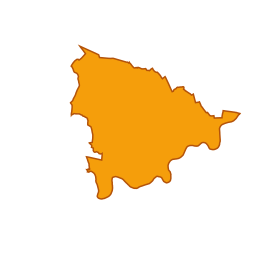 Pomi, Satu Mare, Romania, rotated 124°
{"feature_id": "2599482B42596720355480", "entity_name": "Pomi", "entity_type": "district", "adm_level": 2, "iso_a3": "ROU", "parent_name": "Romania", "parent_adm1": "Satu Mare", "projection": "mercator", "projection_center": [23.315, 47.676], "detail": "fine", "context": "isolated", "style": "filled", "palette": "amber", "viewbox_px": 256, "rotation_deg": 124, "n_neighbors": 0, "source": "geoboundaries", "source_scale": "gbopen_adm2", "svg_char_len": 5684}
<svg xmlns="http://www.w3.org/2000/svg" viewBox="0 0 256 256"><g transform="rotate(124 128 128)"><path d="M148.8,182.2L147.5,181.3L146.4,181.0L146.2,180.7L145.6,179.5L145.5,179.3L143.5,176.2L143.4,175.6L143.4,174.7L143.2,173.9L143.0,173.3L143.3,172.3L143.3,172.1L143.2,171.5L142.9,171.1L142.9,170.7L142.8,170.4L142.9,170.1L142.8,169.9L142.9,169.4L142.6,168.1L142.6,167.7L142.9,167.1L143.0,166.7L143.4,166.5L143.9,165.9L144.0,165.5L144.2,165.3L146.3,164.2L147.9,163.1L147.9,162.8L147.9,162.4L147.8,161.3L147.8,160.8L147.7,159.8L147.9,159.2L148.5,158.4L149.7,157.0L151.2,155.6L153.4,153.3L156.2,151.5L160.0,149.6L162.0,151.8L162.1,151.7L162.6,148.5L163.7,147.7L164.4,147.5L164.1,145.5L166.1,144.2L166.6,143.3L166.8,142.5L166.8,142.4L166.7,142.1L166.1,141.4L165.8,141.2L165.3,141.0L165.1,139.8L164.9,139.0L165.3,137.9L165.4,137.6L165.1,137.0L165.0,136.5L164.9,136.3L164.4,135.9L164.1,135.3L163.7,135.2L164.9,134.3L169.3,131.9L174.3,144.6L175.1,146.3L176.3,144.7L176.5,144.2L176.8,143.9L177.3,143.4L178.0,142.4L178.3,142.1L179.0,141.0L179.5,140.2L180.5,139.6L182.2,138.1L182.8,137.7L183.0,137.6L183.0,137.3L183.7,136.7L183.9,136.7L184.0,136.8L184.4,137.0L184.4,137.3L184.2,137.6L184.2,137.8L184.3,138.0L184.9,138.3L185.5,138.6L185.6,138.8L186.3,137.2L187.0,137.1L186.5,135.8L185.8,135.5L184.9,134.9L184.6,134.5L184.4,133.8L184.4,131.5L184.7,130.3L185.3,129.1L186.4,127.6L187.0,127.1L188.6,125.7L189.4,125.4L190.6,124.4L191.3,123.3L192.0,122.1L192.9,121.0L193.8,120.0L194.3,119.4L196.1,117.5L197.0,116.9L198.0,116.5L199.4,116.2L201.7,115.4L202.2,114.8L202.5,114.0L202.6,113.4L202.5,112.4L202.2,111.4L201.4,109.9L200.8,109.5L199.7,108.3L198.5,107.5L196.3,106.2L195.2,105.7L193.9,105.4L192.2,105.3L189.9,105.8L189.0,106.0L188.0,106.4L186.3,107.3L185.7,107.8L184.3,108.8L183.2,109.9L182.4,110.3L180.6,111.9L179.1,112.7L178.1,113.1L177.4,113.0L176.7,112.5L175.9,111.8L175.2,111.2L175.0,110.7L174.5,109.4L173.7,106.0L173.4,104.5L173.4,103.9L173.5,102.8L173.9,101.4L174.5,98.5L174.6,97.5L174.9,96.4L175.0,95.2L175.3,94.3L175.4,93.5L175.4,92.8L174.9,90.5L174.7,89.6L174.4,88.9L174.0,88.4L173.3,87.2L172.6,86.6L171.2,85.9L170.6,85.8L169.1,84.7L168.0,83.8L166.2,82.5L162.1,79.2L160.2,78.6L157.9,78.1L155.4,78.2L152.1,77.2L151.4,76.2L151.2,75.3L150.5,73.9L150.4,72.4L150.8,71.5L151.4,70.4L152.3,68.5L152.2,66.8L152.0,65.5L151.0,64.5L149.6,63.7L148.7,63.5L147.8,63.5L145.8,64.3L143.1,66.2L142.6,66.4L140.8,68.5L140.1,70.9L138.1,72.8L136.6,73.9L135.5,74.2L134.6,74.5L132.2,74.6L131.0,74.4L129.6,73.8L129.0,73.4L126.4,70.5L125.1,69.2L124.0,68.5L122.7,67.9L120.3,67.3L119.5,67.2L118.9,67.3L112.8,68.4L110.6,68.5L109.7,68.2L108.8,67.6L107.9,66.9L106.9,65.5L106.3,64.6L105.9,63.4L105.5,62.4L104.6,60.9L104.0,60.2L103.3,59.7L100.0,58.9L98.9,58.5L98.0,57.7L97.5,56.7L97.1,55.7L97.1,54.5L97.5,52.9L97.9,51.8L99.3,49.4L99.6,48.4L99.2,47.2L98.7,46.0L98.0,44.9L97.3,44.2L96.3,43.5L94.9,42.7L94.0,42.5L93.1,42.4L91.5,42.6L90.4,42.9L89.2,43.6L87.4,44.2L86.1,45.1L85.1,45.9L81.6,48.6L80.2,49.6L78.7,50.8L77.4,51.8L76.1,52.2L74.0,52.3L72.8,52.0L71.9,51.5L69.9,50.2L67.3,48.1L65.0,45.7L63.0,44.5L61.8,44.2L59.7,43.7L57.3,43.7L55.1,43.7L54.8,43.5L54.4,43.3L53.4,43.3L54.3,45.8L54.4,46.2L54.4,46.5L55.1,47.7L55.1,48.0L55.8,49.4L57.0,51.9L59.5,56.9L60.2,58.4L60.4,58.8L61.8,58.1L63.1,57.7L65.6,56.6L67.0,55.8L67.9,57.1L68.1,57.2L68.6,58.2L69.2,58.8L69.6,59.5L71.5,62.0L70.2,63.3L69.8,63.7L70.2,64.1L71.1,65.2L71.5,65.8L71.8,66.7L71.9,67.0L71.7,67.8L71.2,69.2L71.1,69.4L71.0,69.6L70.9,70.1L70.7,70.7L71.0,70.9L70.9,71.1L71.5,71.7L71.5,72.0L71.4,72.2L70.7,74.2L70.5,74.8L70.4,75.3L69.3,78.1L69.1,79.0L68.7,80.0L68.1,80.7L66.4,83.4L67.2,84.0L69.2,86.2L63.4,92.8L64.7,93.4L65.1,93.6L65.1,94.8L64.9,95.4L65.0,97.2L65.0,98.0L65.0,99.9L64.9,100.2L65.0,100.6L65.2,101.0L64.9,101.5L64.9,101.9L64.8,102.6L64.9,103.5L63.5,104.0L63.0,104.5L62.9,104.7L62.8,105.0L63.1,105.3L63.2,105.7L63.8,106.2L64.9,107.7L65.6,108.4L66.0,108.8L66.4,109.6L66.6,109.8L67.2,110.1L68.5,110.2L70.2,111.2L70.6,111.3L72.2,111.0L72.4,111.2L72.6,111.4L73.2,111.7L71.9,114.0L71.4,114.8L68.5,119.4L67.8,120.6L65.1,125.1L64.7,126.0L67.9,127.0L67.6,128.1L67.3,128.5L67.2,128.8L67.2,129.1L67.2,129.3L66.9,129.7L66.6,130.2L66.5,130.6L66.3,130.8L66.2,131.8L65.9,132.4L65.6,133.7L65.6,134.0L65.5,134.3L65.4,134.9L66.0,135.7L66.2,136.6L66.2,137.2L66.1,138.2L65.9,138.7L65.6,139.7L64.8,141.1L65.1,141.3L66.2,141.8L67.0,142.0L67.7,142.0L67.9,142.2L68.2,142.3L68.5,142.3L68.6,142.6L68.7,143.0L69.6,144.5L69.6,144.9L69.4,145.5L69.0,145.9L69.2,146.7L69.1,146.8L69.3,147.0L70.6,148.6L71.3,149.8L71.7,152.2L72.0,153.1L72.1,153.6L72.8,153.6L72.9,154.1L73.3,154.5L73.3,155.1L74.1,155.6L74.4,156.0L74.7,156.4L74.8,156.8L74.3,159.0L73.4,161.6L73.1,163.1L72.8,163.7L73.7,163.7L73.7,165.3L73.8,165.4L74.1,165.7L74.2,165.9L78.3,178.6L78.6,179.4L80.1,181.4L81.2,183.2L85.5,191.0L83.7,193.3L87.1,213.6L87.7,212.1L88.5,209.4L90.1,205.0L90.2,204.8L92.7,205.1L96.1,205.6L98.7,206.4L98.9,206.5L99.1,206.7L98.9,207.4L99.0,207.9L99.7,208.7L99.9,208.9L101.0,209.2L102.0,209.6L102.7,209.7L105.0,209.9L107.8,209.8L108.4,209.7L108.6,209.6L108.7,209.4L108.7,208.6L108.7,208.3L109.0,207.9L109.3,207.5L109.9,206.4L111.0,205.1L111.6,204.0L111.7,203.7L111.7,203.4L111.3,201.3L111.3,200.9L111.4,200.5L111.8,199.5L112.0,199.1L113.1,197.8L114.7,197.3L115.5,196.7L116.5,195.4L117.8,194.2L118.8,193.0L119.9,192.1L120.6,191.8L125.1,191.3L127.9,190.7L129.5,190.2L131.2,189.9L134.6,189.6L134.9,189.5L135.0,189.4L136.1,189.2L137.2,189.3L138.5,189.6L139.2,189.8L139.3,189.7L139.5,189.2L139.7,188.7L139.9,188.0L140.3,187.3L140.6,186.9L142.7,185.5L143.4,185.2L144.2,184.7L145.0,184.3L145.8,183.8L146.4,183.6L148.1,182.8L148.9,182.2L148.8,182.2Z" fill="#f59e0b" stroke="#b45309" stroke-width="1.5"/></g></svg>